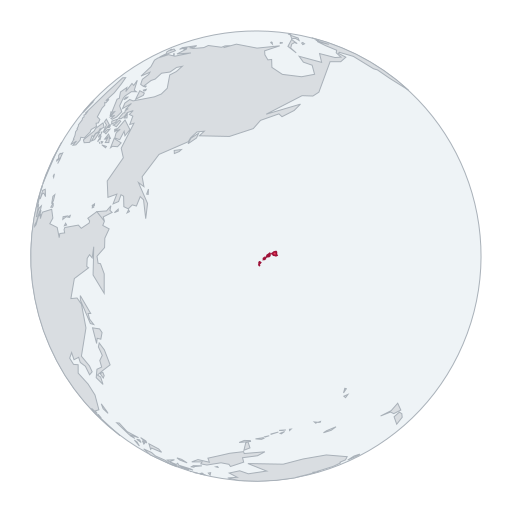 the Earth from above Hawaii, rotated 296°
{"feature_id": "USA-3517", "entity_name": "Hawaii", "entity_type": "State", "adm_level": 1, "iso_a3": "USA", "parent_name": "United States of America", "parent_adm1": "", "projection": "orthographic", "projection_center": [-158.302, 23.654], "detail": "fine", "context": "on_globe", "style": "filled", "palette": "rose", "viewbox_px": 512, "rotation_deg": 296, "n_neighbors": 0, "source": "natural_earth", "source_scale": "10m", "svg_char_len": 13028}
<svg xmlns="http://www.w3.org/2000/svg" viewBox="0 0 512 512"><g transform="rotate(296 256 256)"><circle cx="256" cy="256" r="225" fill="#eef3f6" stroke="#a8b0b8"/><path d="M176.0,393.8L176.4,395.2L176.2,395.3L176.0,393.8ZM471.9,320.4L472.0,319.9L474.3,298.2L476.5,283.5L475.8,279.6L478.1,256.0L475.6,241.5L474.3,241.4L474.1,249.6L467.8,247.0L463.1,237.4L430.8,240.7L424.7,237.0L420.3,227.1L387.9,203.0L412.0,229.4L403.5,226.5L392.6,218.3L393.8,214.3L379.9,200.6L369.3,197.7L351.8,179.7L339.2,152.4L345.5,154.8L341.7,148.6L333.5,145.4L329.0,145.0L304.8,124.3L277.3,118.9L269.2,124.9L270.5,118.1L255.7,135.5L241.2,140.5L257.2,130.3L258.6,125.9L248.5,126.6L247.7,122.4L242.4,120.5L242.4,115.6L251.7,110.8L251.9,107.8L244.7,108.6L240.2,104.7L250.6,103.8L243.8,97.2L258.2,89.4L286.1,93.7L293.8,87.6L321.8,88.1L318.9,84.9L327.7,84.0L327.7,80.1L332.9,81.9L328.4,77.4L323.6,76.5L320.1,74.4L319.6,72.2L326.2,73.9L327.3,75.3L329.0,74.7L332.5,76.6L330.5,74.4L338.5,77.2L330.0,71.4L335.9,71.1L341.3,73.9L341.5,77.5L354.5,94.9L360.1,99.9L367.8,102.7L380.9,99.1L386.8,103.5L394.2,106.6L390.7,102.0L383.7,98.1L378.9,91.0L370.8,87.8L367.7,84.7L359.1,80.4L359.7,77.1L365.0,76.4L372.2,80.0L374.7,80.1L367.3,73.8L380.1,78.6L387.5,78.9L390.9,81.0L398.6,89.1L400.0,95.5L410.0,108.5L402.9,96.4L411.5,102.8L412.6,102.6L411.7,100.4L408.2,96.7L411.0,98.5L419.1,110.5L416.7,109.0L414.1,105.0L414.9,108.4L420.4,117.7L424.3,120.9L428.5,133.5L431.3,136.1L433.8,140.8L429.0,135.5L437.8,145.5L443.3,165.8L455.3,185.2L444.2,173.8L440.7,175.8L437.5,180.7L439.5,183.9L432.5,187.6L430.8,200.1L437.1,218.4L445.0,229.0L452.1,222.8L451.0,213.6L454.4,207.2L458.8,230.1L465.8,224.4L469.0,240.0L472.0,245.2L473.8,239.0L476.3,238.3L475.6,226.5L475.6,216.9L478.1,228.7L476.1,215.1L477.5,218.0L476.6,210.4L479.3,226.1L480.8,241.9L481.3,257.8L480.6,273.6L478.8,289.4L475.9,305.1L471.9,320.4ZM265.7,274.5L265.0,269.2L268.9,272.1L265.7,274.5ZM262.2,266.3L262.9,268.1L261.8,266.7L262.2,266.3ZM259.9,265.6L261.5,266.1L259.6,266.0L259.9,265.6ZM256.6,265.2L258.4,265.2L258.2,265.4L256.6,265.2ZM458.4,192.8L466.2,193.1L465.0,199.9L464.7,197.0L462.0,195.2L458.2,196.0L456.2,203.1L458.4,192.8ZM251.8,262.9L250.5,262.2L252.1,261.6L251.8,262.9ZM454.7,177.0L453.6,177.9L454.2,176.2L454.7,177.0ZM327.1,145.7L333.4,145.9L341.2,150.6L336.0,150.8L327.1,145.7ZM312.3,137.7L315.0,136.2L319.0,142.3L316.2,141.2L312.3,137.7ZM263.7,130.6L269.0,130.0L264.1,132.1L263.7,130.6ZM241.7,121.2L240.4,122.8L238.2,121.2L241.7,121.2ZM359.4,82.6L359.3,81.6L360.9,82.9L359.4,82.6ZM355.7,82.0L357.7,84.3L356.3,84.3L355.1,82.9L355.7,82.0ZM236.1,112.5L232.9,109.7L237.7,111.6L236.1,112.5ZM353.6,79.1L353.5,84.2L351.0,84.3L344.2,79.1L353.6,79.1ZM232.1,107.6L224.2,101.6L220.8,104.5L226.1,93.5L231.0,101.9L237.6,103.6L233.0,104.7L232.1,107.6ZM322.3,77.2L327.4,78.0L323.6,79.5L322.3,77.2ZM320.8,78.7L314.3,87.3L306.6,85.5L310.3,82.8L300.8,82.5L300.2,77.3L305.3,76.3L310.4,78.4L306.3,74.9L320.8,78.7ZM230.3,88.7L229.8,86.8L232.1,88.0L230.3,88.7ZM318.3,73.7L317.7,75.4L311.0,73.8L311.1,70.2L313.2,71.8L318.3,73.7ZM298.5,85.2L293.5,83.6L291.7,78.9L289.6,77.8L299.5,77.0L298.5,85.2ZM314.5,71.1L311.3,68.4L314.0,67.3L318.5,71.9L314.5,71.1ZM309.3,75.1L306.1,74.3L307.9,73.5L309.3,75.1ZM321.9,62.5L321.3,64.2L317.7,63.5L321.9,62.5ZM309.9,67.5L308.9,68.0L307.5,68.0L306.0,66.1L309.9,67.5ZM297.6,74.0L297.9,72.5L293.4,74.0L291.9,70.8L298.8,71.0L295.2,69.7L294.7,68.7L300.9,70.0L297.6,74.0ZM300.0,64.4L308.3,64.1L310.2,61.0L313.4,61.5L309.8,66.5L300.0,64.4ZM300.0,67.5L300.7,65.6L304.3,66.9L306.0,69.1L300.0,67.5ZM288.3,68.8L288.9,73.5L287.3,73.3L288.3,68.8ZM299.9,63.1L297.9,63.3L299.6,62.7L299.9,63.1ZM291.1,66.6L291.5,68.2L289.7,68.0L291.1,66.6ZM293.5,62.3L296.2,62.2L297.5,63.5L293.5,62.3ZM291.8,64.1L289.3,63.4L296.3,64.1L292.3,64.8L291.8,64.1ZM289.3,66.1L288.4,66.5L289.4,65.5L289.3,66.1ZM287.3,57.7L295.8,58.2L298.5,61.1L289.9,60.0L287.3,57.7ZM273.3,31.4L259.4,31.2L247.8,31.7L227.4,32.7L229.7,32.3L238.2,31.4L235.7,31.6L254.5,30.7L273.3,31.4ZM225.7,32.8L224.7,33.0L221.4,33.5L225.5,33.2L221.3,33.9L218.8,34.0L212.9,35.9L204.4,38.0L204.6,38.3L207.3,38.0L194.7,41.5L195.5,41.6L199.9,40.4L204.2,40.1L207.0,41.1L202.5,42.2L200.9,41.9L190.7,43.6L187.1,43.5L185.5,44.1L187.6,44.6L200.0,42.4L202.9,42.8L196.6,43.8L199.2,43.4L199.2,44.0L195.0,45.8L201.7,44.8L208.4,51.9L201.0,56.8L194.6,56.5L194.5,64.8L186.2,71.1L190.2,69.8L192.9,73.9L195.6,71.9L197.8,71.7L205.9,82.8L204.3,86.8L212.5,91.6L214.6,91.1L216.2,88.3L226.1,93.5L220.8,104.5L216.3,104.9L216.0,112.1L205.8,112.3L197.2,116.2L186.1,113.2L180.3,117.2L180.9,119.6L173.4,127.4L155.9,135.9L167.5,117.9L193.2,106.1L182.5,109.6L184.2,105.8L179.9,105.3L172.4,108.5L172.0,110.7L156.1,102.6L136.6,108.3L139.8,113.6L136.1,120.3L116.8,134.7L89.4,143.0L84.2,154.5L80.1,159.5L76.3,158.5L82.1,151.0L83.3,144.7L87.2,141.0L83.0,137.9L88.4,132.6L82.5,133.3L78.6,139.5L80.3,143.8L72.8,147.5L67.3,161.2L60.5,172.2L48.9,182.2L46.3,179.4L44.8,182.4L47.0,175.0L45.1,177.6L37.1,204.5L35.6,210.4L34.9,212.6L38.7,196.6L43.6,180.9L49.7,165.6L56.8,150.8L65.0,136.5L74.3,122.9L84.5,110.0L95.6,97.8L107.5,86.6L120.3,76.2L133.8,66.7L147.9,58.3L162.7,51.0L177.9,44.7L193.5,39.6L209.5,35.6L225.7,32.8ZM466.5,205.4L467.4,203.7L468.4,204.4L468.0,206.6L466.5,205.4ZM469.6,188.7L469.7,187.4L470.3,190.7L469.6,188.7ZM467.0,192.9L469.5,190.2L470.4,198.3L468.6,200.3L468.9,196.0L467.0,192.9ZM457.7,184.6L458.6,184.2L459.4,186.7L457.7,184.6ZM455.1,175.9L455.1,176.5L453.9,175.5L455.1,175.9ZM411.0,102.1L410.4,101.2L410.3,99.6L411.9,101.7L411.0,102.1ZM400.5,86.4L405.2,89.6L402.9,88.5L406.1,91.6L405.2,93.5L392.6,82.1L398.5,86.7L400.5,86.4ZM400.6,93.8L402.5,93.3L400.9,94.4L400.6,93.8ZM323.0,41.6L322.9,42.1L309.2,37.7L310.8,37.8L321.1,40.6L325.3,42.3L323.0,41.6ZM341.8,69.6L342.7,71.2L340.8,70.6L338.6,68.7L341.8,69.6ZM321.9,63.4L336.0,62.4L337.8,64.0L344.0,62.3L350.9,66.1L346.7,66.9L356.7,68.9L355.7,71.3L361.9,72.3L351.7,73.9L351.2,76.5L349.1,72.0L342.7,68.3L339.8,67.5L331.1,67.6L326.8,72.1L319.8,69.8L315.9,66.9L315.9,65.4L320.5,67.3L317.2,64.0L323.8,65.7L321.9,63.4ZM275.3,42.9L280.6,44.3L275.0,40.7L281.6,41.2L280.5,40.7L285.1,40.4L288.7,39.4L291.8,40.0L291.9,39.4L294.9,39.4L296.1,38.9L302.0,40.1L303.9,39.6L305.6,40.5L307.3,39.6L308.7,40.8L312.7,41.4L309.2,39.9L338.2,50.4L349.3,54.8L357.8,58.1L359.1,60.7L351.9,59.6L340.6,57.1L329.8,52.9L332.3,55.2L327.8,53.9L327.7,52.7L325.2,54.0L321.5,52.8L311.5,52.4L310.3,55.8L306.6,56.0L305.2,54.1L302.5,55.8L297.4,52.4L294.7,52.6L286.9,49.9L285.9,46.5L282.9,47.1L276.9,45.4L275.3,42.9ZM285.2,56.7L282.5,51.9L284.7,50.0L297.3,55.7L300.5,56.0L308.6,60.2L305.1,63.0L303.1,61.5L300.4,60.7L302.6,60.1L298.8,60.0L295.9,58.0L292.1,57.5L292.3,56.0L285.2,56.7ZM260.1,34.5L262.8,35.1L261.9,35.3L263.9,37.1L259.2,37.2L256.1,36.2L260.1,34.5ZM255.3,34.9L256.7,35.6L253.5,35.3L255.3,34.9ZM255.9,37.4L252.1,37.2L258.9,37.4L255.9,37.4ZM35.6,301.5L36.9,305.8L37.0,306.6L35.6,301.5ZM34.2,294.7L35.2,298.8L34.4,296.2L34.2,294.7ZM35.7,300.4L36.8,302.4L37.2,302.4L37.4,304.2L35.7,300.4ZM33.5,291.2L33.7,292.3L33.6,291.7L33.5,291.2ZM30.9,247.9L30.8,248.5L33.4,239.6L33.6,248.3L32.2,253.2L32.6,264.2L31.6,269.0L31.9,277.4L31.3,271.6L30.9,247.9ZM36.7,230.6L34.1,234.5L37.2,227.4L36.7,230.6ZM39.9,222.6L38.9,227.1L39.4,221.1L39.9,222.6ZM42.6,187.9L42.7,185.9L43.8,183.0L44.4,183.8L42.6,187.9ZM55.3,181.7L51.1,189.8L49.7,192.0L51.7,185.6L55.3,181.7ZM217.1,40.8L219.5,37.8L218.1,36.6L212.5,37.0L221.5,35.5L223.6,37.3L217.1,40.8ZM209.9,50.2L214.9,50.4L212.2,51.7L210.6,51.8L209.9,50.2ZM213.4,49.4L220.6,47.3L223.0,48.3L216.8,49.7L213.4,49.4ZM237.9,39.7L238.9,38.7L241.5,38.8L237.9,39.7ZM172.0,450.6L178.5,453.3L178.2,456.2L175.1,458.1L166.5,456.2L172.0,450.6ZM121.2,435.1L112.8,427.9L119.2,431.8L123.5,436.2L121.2,435.1ZM174.7,448.9L174.7,445.3L166.8,438.1L176.3,445.3L185.8,447.9L181.0,453.7L174.7,448.9ZM46.6,339.0L44.1,327.9L48.9,336.2L49.2,327.1L55.8,335.5L56.9,344.6L67.4,359.9L65.9,339.7L80.8,371.7L94.2,387.3L108.0,406.4L115.6,425.9L112.0,425.8L107.5,421.9L107.0,422.6L100.7,417.6L89.6,405.8L89.5,406.5L86.2,401.5L87.6,404.5L80.8,396.5L75.1,389.7L73.7,388.4L63.3,372.7L54.2,356.2L46.6,339.0ZM126.7,394.1L129.9,396.0L137.6,402.8L132.3,400.0L126.7,394.1ZM168.5,396.4L171.9,399.3L167.9,398.6L168.5,396.4ZM176.2,395.3L171.3,394.7L176.0,393.8L176.2,395.3ZM133.3,384.2L135.6,386.5L134.7,386.6L133.3,384.2ZM131.9,383.1L132.4,381.1L133.4,383.7L131.9,383.1ZM113.8,362.7L114.9,362.0L115.9,363.5L113.8,362.7ZM39.0,310.8L40.0,308.3L41.4,310.2L39.0,310.8ZM110.8,358.7L107.2,356.7L107.2,355.4L110.8,358.7ZM110.3,355.5L109.4,353.2L112.8,359.1L110.3,355.5ZM102.6,347.5L107.6,353.3L102.3,347.7L102.6,347.5ZM100.3,346.7L97.2,343.5L97.3,343.0L100.3,346.7ZM73.3,332.0L83.9,349.8L77.1,344.9L68.8,332.3L65.3,335.3L55.6,325.3L56.9,323.0L54.8,315.2L46.6,303.5L45.0,297.5L47.3,297.8L42.8,288.5L47.6,293.1L50.2,304.5L53.2,301.4L59.7,309.6L67.2,318.9L74.7,330.6L73.3,332.0ZM48.9,312.3L49.9,313.5L49.4,315.1L48.9,312.3ZM91.4,335.7L95.9,342.2L95.6,343.1L93.6,341.3L91.4,335.7ZM76.1,330.3L83.5,328.7L85.5,330.2L80.9,334.7L76.1,330.3ZM81.0,322.6L85.1,326.3L87.6,331.8L86.9,332.4L81.0,322.6ZM39.0,291.1L39.1,293.3L38.0,289.7L39.0,291.1ZM40.2,291.8L43.7,299.4L40.0,293.4L40.2,291.8ZM33.2,268.5L33.7,275.6L35.4,276.5L34.1,278.2L36.0,290.8L35.9,293.3L33.9,280.0L34.4,289.5L33.7,287.4L32.7,277.2L33.0,268.2L33.7,265.7L37.1,272.0L33.2,268.5ZM39.9,284.8L39.2,276.8L39.9,273.4L40.6,278.3L39.9,284.8ZM38.2,257.2L37.6,246.4L36.0,246.1L40.3,242.1L39.9,253.1L38.2,257.2ZM39.4,238.1L37.8,237.7L40.2,234.8L39.4,238.1ZM38.0,234.5L39.0,229.1L39.7,232.1L38.0,234.5ZM40.0,239.9L42.2,231.9L41.5,238.1L40.0,239.9ZM41.7,217.0L41.2,230.1L39.9,220.2L45.0,203.9L45.9,206.3L41.7,217.0ZM79.4,172.2L82.0,167.5L84.3,169.3L81.9,172.0L79.4,172.2ZM94.2,172.6L85.8,168.4L79.5,165.7L79.1,169.4L73.5,174.8L76.6,165.7L84.5,162.7L88.5,166.0L93.6,161.4L99.3,161.4L105.2,154.2L109.1,153.2L105.1,160.9L94.2,172.6ZM107.5,151.1L119.8,140.6L121.9,147.4L119.7,151.2L113.2,153.0L112.4,149.3L107.5,151.1ZM123.3,140.2L122.7,136.7L139.4,117.5L143.4,115.4L131.9,132.6L130.7,130.3L126.3,134.1L123.3,140.2ZM227.5,87.7L229.6,86.9L228.7,88.7L227.5,87.7ZM199.2,70.5L202.0,70.5L200.8,72.2L199.2,70.5ZM209.0,71.6L208.4,69.6L211.0,71.3L209.0,71.6ZM206.8,65.4L209.1,68.6L204.2,66.3L206.8,65.4Z" fill="#d9dde1" stroke="#a8b0b8" stroke-width="1"/><path d="M268.6,271.9L268.8,272.0L268.7,272.5L268.3,272.8L268.2,272.9L267.9,273.0L267.5,273.2L267.3,273.1L267.2,273.1L267.0,273.3L266.9,273.4L266.6,273.5L266.4,273.6L266.2,273.8L266.2,274.0L266.0,274.4L265.9,274.4L265.8,274.6L265.7,274.5L265.7,274.4L265.2,274.1L265.0,273.9L264.9,273.9L264.8,273.7L265.0,272.9L264.9,272.7L264.8,272.3L264.7,272.3L264.7,272.2L264.6,271.9L264.5,271.7L264.4,271.6L264.3,271.3L264.3,271.2L264.5,271.0L264.6,270.9L264.8,270.8L264.9,270.7L265.0,270.5L265.1,270.4L265.1,270.2L264.9,269.9L264.9,269.7L264.9,269.4L265.0,269.2L265.5,269.3L265.6,269.5L265.8,269.6L266.0,269.8L266.6,269.9L267.0,270.1L267.6,270.4L267.8,270.6L267.9,270.8L267.9,271.1L267.9,271.3L268.0,271.3L268.1,271.2L268.3,271.3L268.3,271.5L268.6,271.9ZM264.5,267.1L264.5,267.3L264.5,267.5L264.4,267.6L264.2,267.7L264.0,267.8L263.8,267.8L263.7,267.8L263.4,268.0L263.2,268.0L262.9,267.9L262.8,267.7L262.8,267.4L262.8,267.2L262.7,267.2L262.5,267.3L262.4,267.2L262.2,267.1L261.9,266.9L261.9,266.7L262.0,266.4L262.3,266.3L262.5,266.4L262.5,266.5L262.7,266.8L262.8,266.7L263.1,266.7L263.4,266.6L263.5,266.6L263.7,266.8L263.8,266.8L264.0,266.9L264.0,267.0L264.3,267.1L264.5,267.1ZM258.2,265.0L258.4,265.2L258.2,265.4L257.9,265.4L257.7,265.3L257.5,265.2L257.4,265.2L257.5,265.2L257.3,265.2L257.2,265.2L257.3,265.0L257.3,264.9L257.2,264.9L257.2,265.0L257.1,264.9L257.2,265.0L257.0,264.9L257.1,265.0L256.9,265.3L256.7,265.2L256.5,264.9L256.4,264.7L256.3,264.3L256.2,264.3L256.1,264.2L256.4,264.1L256.6,264.1L256.8,264.0L256.9,263.9L257.0,263.7L257.3,263.7L257.3,263.8L257.4,264.0L257.5,264.1L257.7,264.3L257.7,264.6L257.8,264.6L257.9,264.8L258.0,264.7L257.9,264.7L258.0,264.6L258.1,264.8L258.2,265.0L258.2,265.0ZM252.4,261.9L252.4,262.1L252.3,262.3L252.2,262.3L252.2,262.5L252.2,262.8L251.9,262.9L251.9,263.0L251.7,262.9L251.3,262.9L251.2,262.9L251.1,262.7L250.9,262.6L250.7,262.6L250.6,262.4L250.6,262.2L250.8,262.0L250.8,261.9L251.0,261.8L251.1,261.7L251.3,261.7L251.5,261.6L251.8,261.6L252.0,261.6L252.3,261.7L252.3,261.8L252.4,261.9ZM261.7,265.7L261.7,265.8L261.8,265.8L261.7,266.0L261.4,266.2L261.1,266.2L260.7,266.1L260.1,266.1L259.9,266.1L259.7,266.0L259.7,265.9L259.8,265.8L259.9,265.7L260.0,265.6L260.7,265.7L260.8,265.7L261.0,265.7L261.1,265.8L261.3,265.7L261.5,265.7L261.7,265.7ZM261.3,266.9L261.5,267.0L261.4,267.3L261.2,267.4L260.9,267.5L260.8,267.4L260.8,267.1L260.7,267.0L260.6,266.9L260.7,266.7L260.8,266.7L261.2,266.7L261.3,266.9ZM249.4,262.5L249.5,262.4L249.6,262.5L249.5,262.8L249.4,262.9L249.3,263.0L249.2,263.0L249.1,263.3L248.9,263.3L248.9,263.1L248.9,262.9L249.1,262.8L249.2,262.7L249.4,262.6L249.4,262.5ZM262.4,268.0L262.5,268.1L262.4,268.2L262.5,268.2L262.5,268.3L262.4,268.3L262.1,268.3L261.9,268.3L261.9,268.2L262.0,268.1L262.3,268.0L262.4,268.0Z" fill="#f43f5e" stroke="#9f1239" stroke-width="1.5"/></g></svg>